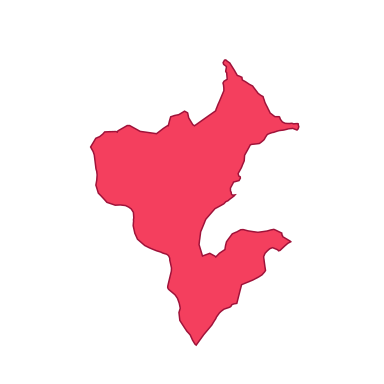 Yarim, Ibb, Yemen (Natural Earth projection), rotated 209°
{"feature_id": "15242507B58616339895534", "entity_name": "Yarim", "entity_type": "district", "adm_level": 2, "iso_a3": "YEM", "parent_name": "Yemen", "parent_adm1": "Ibb", "projection": "natural_earth1", "projection_center": [44.288, 14.289], "detail": "fine", "context": "isolated", "style": "filled", "palette": "rose", "viewbox_px": 384, "rotation_deg": 209, "n_neighbors": 0, "source": "geoboundaries", "source_scale": "gbopen_adm2", "svg_char_len": 5018}
<svg xmlns="http://www.w3.org/2000/svg" viewBox="0 0 384 384"><g transform="rotate(209 192 192)"><path d="M163.8,256.9L163.8,257.8L163.8,258.1L163.9,261.4L162.9,262.6L159.6,264.9L157.4,266.5L156.6,267.1L155.7,269.0L154.5,272.1L154.3,273.2L154.3,274.2L154.3,275.6L154.1,278.3L153.8,279.2L153.7,279.3L153.2,279.9L152.7,280.6L152.2,281.2L151.6,281.8L151.1,282.4L150.9,282.6L150.5,283.0L149.8,283.5L149.1,284.2L148.5,284.9L147.9,285.5L147.4,286.1L147.2,286.4L146.8,286.7L146.2,287.3L145.6,287.9L144.9,288.4L144.3,288.9L143.7,289.3L143.4,289.5L143.0,289.8L142.4,290.2L141.7,290.8L141.1,291.3L140.5,291.9L139.8,292.5L139.2,293.1L138.6,293.7L138.3,294.0L138.0,294.2L137.3,294.7L136.6,295.2L135.9,295.6L135.3,296.1L134.7,296.5L133.8,296.6L130.2,297.1L129.8,298.6L130.2,300.8L130.7,301.3L131.6,302.2L132.1,303.1L132.9,303.0L134.2,302.2L136.3,300.8L137.2,300.7L137.7,300.6L138.5,300.2L139.2,299.7L139.3,299.6L139.5,299.4L141.2,298.5L142.2,298.0L143.3,297.5L143.4,297.4L143.8,297.3L144.1,297.2L147.0,297.1L149.4,298.2L149.9,298.4L151.7,300.0L152.3,300.1L156.0,298.1L158.3,298.4L162.0,299.0L162.4,299.3L163.2,299.9L166.2,301.9L166.5,302.2L169.1,303.9L171.8,305.8L172.2,306.2L173.6,307.6L174.0,307.9L174.8,308.6L176.1,309.9L179.1,309.9L180.2,310.1L182.0,310.3L183.0,310.8L185.5,311.9L189.6,313.7L189.7,313.8L189.9,313.9L190.4,314.1L194.0,314.0L198.7,314.4L200.3,314.4L202.3,314.4L202.8,315.0L203.5,315.9L203.9,316.5L204.3,316.5L206.8,316.3L208.9,315.9L210.5,316.9L212.9,318.3L213.0,318.4L213.3,318.6L220.9,322.8L221.3,323.1L221.9,323.2L224.6,323.5L226.4,323.9L226.5,323.9L227.5,323.1L227.5,321.7L227.5,320.2L226.9,319.6L226.1,318.9L225.9,318.9L223.2,318.5L222.6,318.2L222.1,316.9L221.1,314.0L220.7,313.6L220.0,313.2L219.5,313.1L217.9,310.7L215.9,307.7L216.7,306.2L217.7,304.4L217.7,302.3L217.5,302.1L216.2,300.7L215.3,299.4L214.7,298.6L214.6,298.4L214.3,297.9L213.8,297.0L213.3,296.1L213.2,295.8L213.2,295.7L212.0,284.9L211.8,282.7L211.8,282.4L211.6,280.5L211.1,276.8L211.1,276.3L211.1,276.1L210.9,275.6L210.7,274.5L210.8,274.2L216.9,261.6L217.1,261.2L221.3,252.4L222.0,251.1L224.0,251.3L230.8,255.2L234.0,258.9L234.3,259.1L237.7,259.1L237.8,259.0L238.2,258.2L241.1,253.2L243.7,251.0L244.5,250.3L246.2,248.4L247.1,247.4L246.2,243.4L244.9,238.6L245.3,238.6L247.7,234.1L247.9,233.7L250.6,227.4L251.3,225.8L255.5,224.2L261.8,221.8L266.7,219.9L271.8,219.9L272.5,219.9L272.8,219.9L278.7,219.9L280.9,218.7L286.4,209.6L286.4,209.1L286.4,208.1L287.0,208.1L287.7,208.1L292.4,205.3L293.8,204.5L297.5,202.2L298.1,199.4L299.6,195.7L301.0,193.9L302.2,192.3L302.2,192.2L302.3,188.4L302.5,182.2L297.7,179.2L297.4,178.8L295.5,177.1L291.7,171.9L287.2,165.7L285.3,163.8L283.3,161.0L281.1,156.3L279.4,151.4L277.1,149.2L274.7,146.9L273.4,145.6L269.9,144.6L264.2,142.7L261.7,141.8L261.4,141.7L253.6,143.1L252.8,143.2L248.5,145.9L243.6,147.9L240.0,148.1L236.9,147.7L233.4,145.8L230.4,141.2L229.7,139.2L229.0,138.3L228.2,136.4L227.1,134.0L225.0,131.6L222.0,128.2L221.9,128.1L220.9,127.4L216.8,124.3L210.3,122.9L207.4,122.3L202.5,122.5L200.2,122.7L194.5,123.4L190.3,124.3L188.6,124.4L188.1,124.4L185.7,124.9L184.0,125.3L182.3,125.1L181.1,124.6L179.5,123.4L178.3,121.5L176.5,119.5L175.1,117.9L173.1,115.6L171.7,112.8L168.1,99.8L167.6,98.1L167.1,96.9L166.7,96.5L166.3,96.1L165.4,95.6L164.7,95.4L162.7,95.0L157.1,93.9L155.6,93.2L153.2,92.0L149.2,88.5L145.9,84.6L145.0,80.3L140.4,73.8L138.4,72.7L132.4,69.5L128.9,67.7L124.4,66.2L119.7,62.7L115.7,60.4L114.1,60.1L112.6,72.8L110.2,85.1L110.0,90.3L109.8,92.7L110.0,94.5L109.4,99.5L108.6,102.0L107.2,105.1L103.7,108.9L103.0,109.8L102.5,110.8L102.6,112.5L101.3,114.3L98.8,116.3L102.3,129.5L103.7,135.0L96.2,144.4L92.5,150.0L90.6,153.5L89.8,157.2L89.7,158.2L89.7,159.1L90.5,160.1L91.9,161.9L95.7,167.0L96.1,167.6L96.9,168.6L98.0,170.2L98.4,173.8L97.6,177.0L96.5,180.1L96.2,180.4L95.6,181.2L94.5,182.4L89.1,183.0L87.8,182.5L86.7,183.6L84.6,190.1L84.1,191.4L83.3,193.6L81.5,196.4L82.1,196.6L84.6,196.7L91.0,196.9L92.0,198.0L92.5,198.0L93.6,199.6L94.9,199.5L100.6,199.2L102.3,199.0L104.6,197.1L107.4,194.3L114.8,188.7L119.5,186.9L124.1,185.2L128.9,184.0L131.0,182.7L133.8,178.3L134.0,178.2L136.5,174.9L136.9,171.7L137.3,168.9L137.6,166.2L137.7,165.2L136.8,161.7L136.2,160.0L135.3,157.6L135.7,156.8L135.8,156.7L138.3,151.8L139.7,146.7L140.7,147.0L146.7,147.0L147.2,146.4L151.8,141.1L159.4,148.5L160.4,149.5L160.9,150.8L162.0,153.4L162.5,154.8L163.8,158.0L164.0,158.6L164.9,160.8L165.2,161.6L165.3,162.9L166.4,172.3L166.5,172.6L166.7,174.9L166.7,175.0L163.9,188.3L163.9,188.5L163.3,189.4L162.3,190.9L161.3,192.5L160.9,193.1L158.5,197.0L158.2,198.0L157.8,199.8L156.3,201.8L155.6,203.7L153.3,208.9L153.0,210.3L153.8,209.7L154.9,209.0L155.7,209.0L156.5,209.3L157.0,209.9L157.6,210.8L158.8,211.5L159.5,212.7L160.2,213.9L160.3,214.1L160.4,220.3L160.5,220.8L156.4,224.8L156.4,227.6L157.3,228.7L158.9,228.7L160.6,230.5L160.6,234.1L160.6,234.5L160.6,235.7L160.6,236.9L160.7,238.2L161.0,240.2L161.2,242.3L161.4,244.2L161.5,244.7L163.8,249.6L163.8,252.1L163.8,256.9Z" fill="#f43f5e" stroke="#9f1239" stroke-width="1.5"/></g></svg>